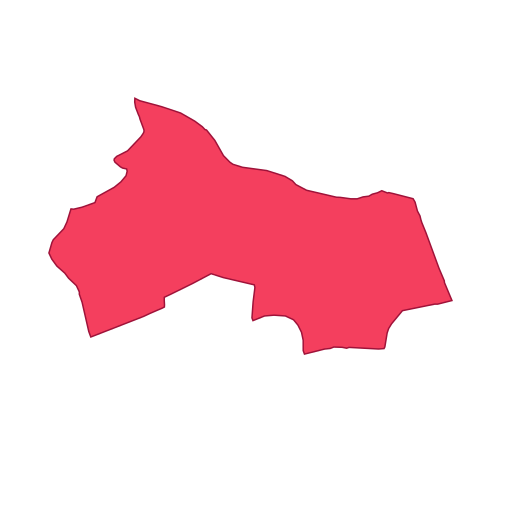 the district of Totonicapán, Totonicapán, Guatemala, rotated 15°
{"feature_id": "79465075B19896834166836", "entity_name": "Totonicapán", "entity_type": "district", "adm_level": 2, "iso_a3": "GTM", "parent_name": "Guatemala", "parent_adm1": "Totonicapán", "projection": "natural_earth1", "projection_center": [-91.331, 14.892], "detail": "fine", "context": "isolated", "style": "filled", "palette": "rose", "viewbox_px": 512, "rotation_deg": 15, "n_neighbors": 0, "source": "geoboundaries", "source_scale": "gbopen_adm2", "svg_char_len": 1670}
<svg xmlns="http://www.w3.org/2000/svg" viewBox="0 0 512 512"><g transform="rotate(15 256 256)"><path d="M117.4,377.0L163.1,343.4L168.2,339.1L175.0,333.7L178.5,331.0L180.7,329.0L180.3,327.0L178.8,322.4L178.1,319.6L183.3,315.2L201.9,298.9L217.2,284.7L230.0,285.3L261.8,284.3L263.1,286.7L265.1,301.1L268.1,316.8L269.8,319.2L279.8,311.7L288.7,308.5L299.9,306.3L308.8,307.9L314.4,311.9L319.7,317.9L323.4,325.2L326.1,335.2L328.2,338.2L346.4,328.1L351.6,326.1L354.7,323.8L362.8,321.9L367.4,321.6L369.5,320.2L398.5,314.1L403.6,312.3L404.0,310.5L402.6,296.4L402.9,291.7L404.5,286.4L411.6,270.9L441.1,256.2L443.9,255.5L456.8,248.3L444.9,232.9L444.3,231.2L436.0,220.6L414.1,189.5L407.5,180.8L405.9,178.3L404.0,174.8L400.3,170.8L395.7,162.8L392.9,160.0L372.4,160.2L367.8,160.4L366.8,161.1L360.6,160.4L357.0,163.5L352.3,166.2L349.5,169.0L344.1,171.2L338.9,174.6L332.9,176.2L322.0,177.6L318.5,178.4L287.8,179.4L276.0,176.7L271.8,174.0L263.4,171.6L244.3,170.7L220.0,173.8L210.0,173.4L206.4,172.1L198.6,167.5L186.3,155.0L175.6,147.1L174.0,147.1L170.8,145.1L162.0,141.6L146.2,137.4L126.3,136.2L103.5,136.1L98.2,135.0L99.0,138.7L101.2,143.5L105.7,149.7L107.3,151.6L108.6,153.9L114.9,162.8L115.4,163.9L115.6,165.4L115.3,166.8L114.8,168.3L114.0,170.6L104.7,187.7L95.7,195.8L94.0,198.7L94.1,200.2L95.5,201.9L102.0,205.0L104.4,205.6L108.5,205.4L109.6,207.4L109.7,212.1L106.3,219.4L101.3,226.3L87.2,239.9L86.6,246.1L75.3,253.9L67.7,258.0L65.1,258.4L64.6,272.0L63.3,279.4L56.0,292.7L55.4,295.9L55.2,306.7L59.5,311.8L64.3,315.7L66.3,317.3L75.7,322.0L80.8,326.0L90.2,331.1L94.7,336.5L95.2,338.6L100.0,345.7L114.0,372.2L117.4,377.0Z" fill="#f43f5e" stroke="#9f1239" stroke-width="1.5"/></g></svg>